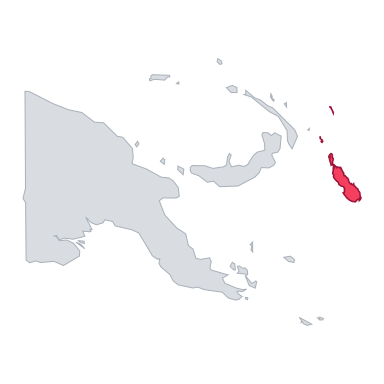 where North Solomons sits in Papua New Guinea
{"feature_id": "PNG-1245", "entity_name": "North Solomons", "entity_type": "Province", "adm_level": 1, "iso_a3": "PNG", "parent_name": "Papua New Guinea", "parent_adm1": "", "projection": "natural_earth1", "projection_center": [155.03, -5.041], "detail": "fine", "context": "in_parent", "style": "filled", "palette": "rose", "viewbox_px": 384, "rotation_deg": 0, "n_neighbors": 0, "source": "natural_earth", "source_scale": "10m", "svg_char_len": 7024}
<svg xmlns="http://www.w3.org/2000/svg" viewBox="0 0 384 384"><path d="M26.1,260.1L25.6,202.7L23.0,198.4L25.5,188.2L25.0,91.2L29.7,91.7L52.7,103.5L68.3,109.7L81.8,112.5L94.4,122.2L103.6,122.8L117.3,136.3L122.8,137.3L132.5,148.6L133.2,157.8L132.1,163.7L146.9,169.2L161.0,177.1L168.7,177.9L173.0,180.7L178.2,187.4L179.3,196.4L176.2,198.0L163.0,197.9L159.3,200.8L164.7,214.9L176.7,227.9L185.7,233.8L188.4,245.5L193.0,249.1L196.0,258.4L200.7,259.4L209.7,257.8L211.2,261.7L209.9,267.6L211.2,270.0L228.0,274.9L222.4,278.0L224.9,283.3L235.9,287.9L242.7,289.7L246.7,289.1L242.0,291.8L237.7,291.0L236.9,291.8L238.7,294.1L242.2,296.5L238.6,299.5L235.0,300.0L228.2,298.0L222.3,292.2L204.1,289.6L197.7,287.1L192.8,288.0L178.0,284.8L173.1,280.7L169.9,274.6L161.1,267.1L159.0,263.5L159.8,258.6L157.4,259.3L152.4,255.8L138.9,233.1L132.1,229.8L115.2,225.9L112.7,221.5L104.8,219.8L103.0,222.8L96.6,224.8L91.1,222.6L85.6,217.1L92.1,229.6L89.9,229.6L90.9,231.5L89.7,231.8L82.7,231.1L84.9,236.3L73.3,239.2L64.6,238.1L60.5,239.4L58.8,239.3L56.5,235.4L53.4,236.2L56.1,236.2L59.4,240.7L66.7,240.0L73.7,243.4L79.7,250.9L79.5,256.0L63.5,265.5L54.1,261.4L40.6,262.5L35.7,260.9L29.7,262.8L26.1,260.1ZM268.1,132.9L271.4,135.5L274.7,132.8L281.2,136.1L280.0,148.6L277.9,152.1L272.4,153.3L271.8,155.2L275.4,162.5L273.9,165.1L269.1,167.9L261.3,167.6L259.2,172.6L254.9,177.1L238.0,186.0L219.7,186.7L213.6,181.2L207.3,182.2L198.7,175.7L191.6,173.1L190.2,170.6L190.3,167.4L192.3,165.5L205.0,165.8L213.0,168.4L223.6,166.8L226.5,164.8L227.6,156.9L229.4,153.5L231.2,155.1L229.0,161.3L231.5,166.8L239.0,165.2L243.8,166.5L247.5,164.8L252.8,156.2L257.1,152.2L264.8,150.2L264.6,143.8L261.9,135.1L263.0,132.5L268.1,132.9ZM360.7,197.0L359.8,199.8L359.3,198.9L355.4,201.6L351.0,200.7L347.0,197.9L344.0,192.8L343.8,187.2L339.5,184.6L333.9,177.4L332.8,172.6L333.3,164.8L341.4,169.3L349.8,182.9L357.7,189.0L360.7,197.0ZM297.5,136.4L292.1,148.9L288.7,143.8L287.4,140.2L287.1,130.7L278.4,116.5L269.4,111.7L251.2,96.9L244.0,94.6L245.8,93.9L245.8,90.3L254.8,98.0L260.3,99.9L267.8,105.8L272.8,107.9L294.9,130.0L297.5,136.4ZM152.3,74.7L169.5,75.3L169.8,76.9L167.5,77.1L164.6,80.1L154.4,79.3L149.8,80.8L149.5,78.7L151.2,78.1L150.9,75.9L152.3,74.7ZM239.5,266.0L242.6,268.2L245.3,267.9L247.3,270.3L247.7,274.4L246.6,275.3L245.8,274.0L237.4,273.3L239.0,271.0L237.4,266.4L239.5,266.0ZM237.0,92.6L231.0,92.5L226.4,87.7L232.3,85.4L236.9,87.6L237.0,92.6ZM251.9,283.5L255.8,281.0L256.7,281.9L255.2,288.1L249.2,285.4L245.0,275.4L251.9,283.5ZM283.8,257.3L290.4,256.2L293.6,258.9L294.5,259.8L293.9,262.5L288.4,261.4L283.8,257.3ZM299.3,317.4L311.7,324.2L307.1,325.4L303.2,323.5L302.7,321.8L301.1,322.4L301.9,321.2L299.3,317.4ZM183.2,174.7L177.7,169.5L178.0,166.0L183.8,169.1L183.2,174.7ZM235.4,269.9L233.8,270.0L230.1,266.4L232.3,262.4L234.8,263.9L235.4,269.9ZM331.4,164.5L329.0,156.1L331.1,153.6L333.2,158.9L331.4,164.5ZM164.2,164.4L160.3,161.2L163.1,158.2L164.8,159.8L164.2,164.4ZM222.0,63.8L219.9,64.4L217.1,61.7L217.8,58.6L221.1,60.7L222.0,63.8ZM138.9,143.9L136.7,146.9L135.1,144.6L137.6,141.3L138.9,143.9ZM252.6,242.0L252.7,252.0L251.0,250.0L251.8,245.8L250.1,244.7L252.6,242.0ZM81.1,244.5L84.8,248.7L75.8,242.1L81.1,244.5ZM84.3,243.6L79.4,241.9L78.4,240.6L84.2,241.2L84.3,243.6ZM323.3,318.4L323.0,319.8L319.7,320.0L317.6,318.0L319.7,318.5L319.3,317.1L323.3,318.4ZM286.4,102.5L286.6,107.1L284.3,103.8L286.4,102.5ZM274.3,100.0L273.4,101.2L271.1,98.0L271.5,97.3L274.3,100.0ZM247.8,297.7L247.5,299.7L245.3,298.7L245.6,297.4L247.8,297.7ZM272.3,96.4L270.6,97.0L270.9,93.8L272.3,96.4ZM178.7,81.8L178.9,84.1L176.5,83.6L178.7,81.8ZM309.4,128.4L309.1,130.5L307.8,129.8L309.4,128.4Z" fill="#d9dde1" stroke="#a8b0b8" stroke-width="1"/><path d="M360.2,195.8L360.3,196.4L360.9,197.4L361.0,198.0L360.8,198.6L360.5,199.2L360.1,199.8L359.7,200.2L360.0,199.0L360.0,198.3L359.8,198.0L359.6,198.3L359.0,200.0L358.4,199.2L357.6,199.5L356.8,200.1L356.2,200.7L355.7,201.6L355.4,201.8L354.9,201.9L354.7,201.9L354.2,201.6L353.0,201.6L352.0,201.3L351.0,200.9L349.3,200.0L348.4,199.1L348.2,198.9L347.8,198.8L347.4,198.5L346.7,197.8L346.5,197.6L346.2,197.0L343.5,193.6L343.2,192.9L343.6,192.9L343.8,192.9L344.0,193.1L344.3,192.2L344.6,191.0L344.6,189.7L344.6,188.6L344.1,187.4L343.4,186.7L341.2,186.0L340.3,185.5L339.8,185.0L339.3,184.8L339.1,184.6L338.9,184.4L338.8,184.2L338.7,183.6L338.4,182.6L338.0,182.1L338.0,181.9L337.8,181.7L336.7,181.1L336.1,180.3L335.5,179.9L335.2,179.6L335.0,179.2L334.9,178.9L334.7,178.5L333.9,177.8L333.7,177.3L333.6,177.0L333.5,176.5L333.5,176.2L333.8,175.7L333.8,175.4L333.7,174.9L333.4,174.5L332.9,173.8L332.7,173.5L332.6,173.3L332.6,173.1L332.7,172.9L333.1,171.8L333.3,169.6L333.5,169.1L333.5,168.6L333.2,168.2L333.3,167.9L333.8,168.2L334.0,168.3L334.1,168.2L334.2,167.7L334.1,167.3L333.9,167.0L333.8,166.6L333.5,166.1L332.6,165.0L332.6,164.4L333.3,164.3L334.3,164.9L335.1,165.8L335.5,166.6L335.9,166.5L336.3,166.7L336.7,167.2L336.9,167.6L337.0,167.4L337.4,167.3L337.6,167.1L337.9,167.2L338.2,167.3L339.7,167.3L340.0,167.4L339.8,167.6L339.8,167.8L340.0,168.0L340.2,167.8L340.2,167.6L340.4,167.4L340.8,167.4L340.9,167.6L340.9,167.8L340.9,168.0L340.7,168.3L340.8,168.5L341.2,168.7L341.3,168.7L341.4,169.0L341.6,169.6L342.1,170.4L342.6,171.6L343.0,172.1L343.2,172.3L343.3,172.4L343.5,172.7L343.6,172.9L343.6,173.1L343.5,174.0L343.7,174.4L343.9,175.4L344.1,175.8L344.4,175.7L344.8,175.8L345.2,176.0L345.6,176.2L346.7,177.6L346.8,177.8L347.0,177.9L347.4,177.9L347.5,177.9L347.6,178.1L347.8,178.6L348.2,179.0L348.4,179.3L348.6,180.7L348.7,181.0L349.4,182.7L350.6,184.1L351.0,184.1L351.2,183.9L351.4,183.6L351.6,183.8L351.8,184.2L352.0,184.7L352.5,184.9L353.1,184.8L353.2,184.5L353.3,184.1L353.6,183.8L353.6,184.0L353.6,184.3L353.8,184.5L353.7,184.8L354.2,185.4L354.4,186.0L354.6,186.2L354.8,186.3L355.1,186.3L355.3,186.4L355.5,186.7L355.8,187.4L356.0,187.8L356.3,188.1L356.6,188.3L357.1,188.4L357.5,188.6L357.9,189.2L358.3,190.4L358.8,191.2L359.4,191.8L359.8,192.6L360.0,193.6L360.0,193.9L359.9,194.4L359.9,194.6L359.9,195.0L360.2,195.5L360.2,195.8ZM333.2,158.7L333.2,159.5L332.6,161.9L332.5,163.6L332.3,164.3L331.8,164.6L332.0,164.1L331.6,164.2L331.5,164.5L331.4,164.9L331.1,165.1L330.7,163.3L329.8,160.8L329.7,160.1L329.5,159.5L329.5,159.1L329.8,158.9L329.9,158.7L330.0,158.3L330.0,156.9L329.9,156.3L329.5,156.2L328.9,156.8L329.0,155.9L329.6,155.0L330.3,154.1L330.9,153.6L331.6,153.7L332.1,154.4L332.4,155.3L332.4,156.1L332.3,156.9L332.3,157.3L332.4,157.7L332.7,157.9L332.9,158.0L333.1,158.3L333.2,158.7ZM331.3,108.2L331.8,109.4L333.0,111.6L333.4,112.8L333.3,113.3L332.7,111.8L332.2,110.4L331.4,109.0L330.7,107.6L329.3,106.7L330.3,106.8L331.0,107.2L331.3,108.2ZM321.2,139.3L321.9,139.7L322.3,140.2L322.6,141.0L322.6,141.7L322.1,142.4L321.5,142.1L321.1,141.5L321.1,140.8L321.2,141.0L321.4,141.6L321.5,141.8L321.8,142.0L322.2,141.6L322.3,141.0L322.0,140.4L321.5,139.8L321.1,139.5L320.9,139.7L321.0,139.4L321.2,139.3ZM320.3,138.7L320.2,138.1L320.0,137.5L319.9,137.1L320.2,136.9L320.3,137.1L320.4,137.6L320.5,138.7L320.3,138.7Z" fill="#f43f5e" stroke="#9f1239" stroke-width="1.5"/></svg>